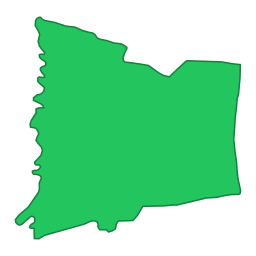 the district of Empalme Olmos, Canelones, Uruguay
{"feature_id": "84410073B65254992067922", "entity_name": "Empalme Olmos", "entity_type": "district", "adm_level": 2, "iso_a3": "URY", "parent_name": "Uruguay", "parent_adm1": "Canelones", "projection": "albers", "projection_center": [-55.905, -34.652], "detail": "fine", "context": "isolated", "style": "filled", "palette": "green", "viewbox_px": 256, "rotation_deg": 0, "n_neighbors": 0, "source": "geoboundaries", "source_scale": "gbopen_adm2", "svg_char_len": 2213}
<svg xmlns="http://www.w3.org/2000/svg" viewBox="0 0 256 256"><path d="M176.6,205.1L206.3,198.0L216.7,197.4L222.9,195.9L231.1,194.6L238.5,194.4L240.0,193.7L240.6,190.8L237.9,178.1L237.0,169.4L236.5,161.7L235.0,151.4L233.8,139.7L235.2,118.3L236.6,105.9L237.1,99.0L238.5,94.5L240.0,78.1L240.2,71.8L240.3,64.6L233.6,63.9L221.5,61.9L187.1,60.7L185.0,62.1L171.6,74.6L169.4,76.8L163.7,75.5L158.8,72.9L148.5,65.5L141.9,64.3L129.3,62.5L125.2,62.2L123.4,60.7L123.0,57.7L125.2,51.6L126.7,49.1L126.9,47.5L125.3,46.1L121.4,43.9L113.7,42.9L106.5,40.5L100.9,39.5L97.4,38.2L94.9,34.4L92.7,33.0L87.7,32.0L82.6,30.5L74.8,27.1L65.8,26.1L55.0,22.5L49.1,21.3L44.7,20.5L42.1,19.1L40.7,17.3L39.2,17.3L37.1,18.3L35.6,20.5L35.2,25.6L38.2,30.6L39.7,34.7L38.1,41.2L39.4,45.9L40.4,47.4L41.5,49.0L42.7,50.4L43.8,51.7L44.7,52.8L44.4,54.2L43.9,54.4L42.1,54.2L40.5,54.2L39.4,54.7L39.3,56.0L39.7,57.4L41.0,58.8L42.3,59.9L45.0,61.3L45.9,63.0L45.6,65.1L44.3,66.1L42.3,66.6L40.6,67.9L40.2,69.5L40.9,70.8L42.0,72.9L43.1,73.9L44.5,75.8L44.5,77.2L42.9,77.5L41.2,77.3L39.4,76.9L38.0,77.8L37.7,80.0L38.1,81.9L40.4,84.1L44.3,87.4L44.0,90.8L42.2,93.0L41.6,93.5L39.3,94.5L37.1,94.9L33.5,97.8L33.5,100.5L37.0,102.0L40.7,103.7L42.8,105.6L43.6,107.6L41.8,107.9L38.4,107.9L36.0,109.0L36.1,112.8L34.3,115.7L31.3,120.4L30.1,123.9L30.5,127.2L33.7,127.7L36.0,128.3L37.7,130.7L38.7,134.1L37.3,136.6L36.0,140.4L38.3,143.6L41.4,147.1L42.4,150.7L41.0,155.1L38.7,158.0L36.1,160.6L34.8,162.0L34.7,163.4L35.5,164.6L36.7,165.0L38.8,164.9L40.1,165.8L40.5,167.0L38.9,169.2L36.6,170.5L34.6,170.3L32.4,171.1L32.5,172.9L33.7,174.3L36.5,174.4L39.8,175.4L41.2,177.2L41.0,179.1L40.3,180.4L39.3,182.8L39.4,189.4L38.3,192.5L28.3,207.1L19.1,214.9L15.4,219.6L15.7,222.2L17.2,223.9L19.2,225.1L21.9,224.3L30.9,216.3L32.7,216.5L34.6,217.6L34.6,219.1L34.8,221.3L34.0,222.8L31.6,224.1L30.0,225.7L29.7,227.6L31.1,228.3L34.1,228.4L34.3,238.6L39.1,238.7L44.3,235.4L51.3,233.4L84.0,224.2L91.4,221.0L95.3,220.9L97.4,222.2L98.1,224.4L97.8,226.6L98.5,228.0L99.9,229.8L106.4,229.8L108.5,232.0L112.6,230.7L115.5,228.6L116.5,223.7L118.4,220.9L123.7,220.9L133.0,220.5L137.4,215.5L142.8,206.3L159.8,206.0L163.7,205.9L173.3,205.0L176.6,205.1Z" fill="#22c55e" stroke="#15803d" stroke-width="1.5"/></svg>